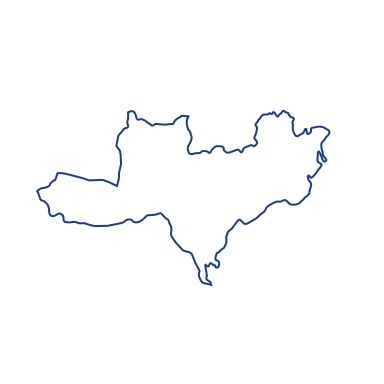 map outline of Ningxia (orthographic projection), rotated 254°
{"feature_id": "CHN-1803", "entity_name": "Ningxia", "entity_type": "Autonomous Region", "adm_level": 1, "iso_a3": "CHN", "parent_name": "China", "parent_adm1": "", "projection": "orthographic", "projection_center": [106.175, 37.314], "detail": "fine", "context": "isolated", "style": "outline", "palette": "blue", "viewbox_px": 384, "rotation_deg": 254, "n_neighbors": 0, "source": "natural_earth", "source_scale": "10m", "svg_char_len": 6096}
<svg xmlns="http://www.w3.org/2000/svg" viewBox="0 0 384 384"><g transform="rotate(254 192 192)"><path d="M235.1,43.3L236.0,44.2L236.2,44.8L236.5,46.1L236.8,46.6L237.1,47.9L236.6,52.8L236.7,54.2L237.1,55.9L237.8,57.2L238.7,57.7L239.4,58.4L241.3,62.6L241.1,62.9L241.2,63.4L241.4,63.8L243.0,65.2L244.3,65.9L246.7,67.6L247.0,67.9L247.0,68.4L246.9,69.1L246.7,69.9L245.7,72.7L244.2,75.9L235.4,90.8L231.8,95.9L231.5,96.5L228.3,109.3L227.1,111.2L224.1,115.2L218.4,121.5L224.5,125.1L227.5,126.3L230.2,127.0L230.9,127.3L237.6,131.1L238.8,131.6L248.2,133.8L252.0,134.0L256.7,132.1L257.8,132.2L266.0,136.5L267.0,137.4L269.4,141.3L271.0,143.2L271.6,144.6L271.8,145.8L271.7,147.7L272.2,148.4L273.0,148.8L276.7,148.9L277.2,149.1L280.4,150.9L286.2,152.5L286.5,155.5L286.2,156.7L285.5,157.8L284.5,158.5L283.4,158.8L281.5,159.1L277.9,159.0L277.1,159.3L276.5,159.9L276.2,160.7L276.1,163.0L275.9,163.8L275.4,164.4L274.5,165.4L273.8,166.4L270.7,168.6L269.5,169.8L267.0,171.7L266.7,172.6L266.9,173.7L267.3,174.7L267.4,176.2L264.5,183.5L263.7,187.0L263.5,188.9L262.9,191.2L262.7,192.3L262.7,192.6L265.5,195.5L267.0,199.6L267.3,201.4L267.9,202.5L268.0,203.1L267.8,203.9L265.7,209.4L264.0,207.8L263.2,207.3L260.0,206.0L256.4,205.5L254.5,205.5L252.7,205.7L250.7,206.7L249.5,206.8L248.5,206.7L245.3,206.8L244.5,206.7L242.8,205.9L240.4,204.3L237.1,200.9L236.5,200.5L235.9,200.2L234.6,199.7L231.3,199.7L230.1,200.0L229.4,200.4L228.7,201.6L228.4,202.9L228.3,206.2L227.4,209.6L227.4,210.6L227.5,211.1L228.3,212.8L228.4,213.7L228.3,214.2L228.2,214.8L226.7,217.9L226.1,218.5L225.1,219.0L224.8,219.7L224.8,220.2L225.2,220.9L226.6,222.1L227.1,222.6L229.1,226.6L229.3,227.9L229.1,229.1L227.5,233.3L227.0,234.1L226.0,234.6L225.5,234.6L224.0,234.1L223.3,234.2L220.6,235.9L220.3,236.4L219.9,237.3L219.7,238.7L219.7,240.1L220.2,246.5L220.1,247.7L219.7,248.4L218.5,249.1L217.1,249.8L216.8,249.9L216.6,250.3L216.5,250.7L217.2,251.7L218.8,252.9L219.8,253.9L220.0,254.2L220.3,255.4L220.8,261.2L220.5,262.5L219.0,264.0L219.0,264.5L219.1,265.2L219.7,266.5L220.4,267.5L221.5,268.1L222.8,268.2L223.5,267.9L225.2,267.1L226.7,266.8L227.2,267.0L227.8,267.4L230.9,269.8L232.2,270.6L234.9,271.9L236.1,272.2L238.9,271.5L239.2,271.5L239.8,271.9L241.2,274.1L242.8,275.5L243.2,276.1L243.9,277.5L245.3,279.0L246.6,281.2L246.5,282.8L245.9,285.0L245.7,286.0L245.7,286.7L246.3,287.7L246.4,288.1L246.3,288.5L245.2,289.6L244.9,290.2L245.0,290.6L245.2,291.0L246.3,291.8L246.3,292.3L246.1,292.7L245.5,293.3L242.0,294.2L241.1,294.8L240.8,295.3L241.1,295.9L242.3,297.2L243.1,299.4L244.7,301.3L244.9,302.0L244.8,302.5L244.4,302.9L242.9,304.0L242.3,304.6L241.8,305.8L241.6,306.0L239.2,306.5L237.0,307.6L236.4,308.0L235.9,309.2L235.4,309.9L234.2,310.2L233.4,309.6L231.9,308.0L231.3,307.8L228.7,307.5L227.3,307.1L226.3,306.6L224.1,306.2L222.0,306.1L219.0,306.6L217.6,307.1L216.9,307.9L216.6,308.6L216.6,309.5L217.2,311.5L217.8,314.3L218.1,315.0L218.7,315.9L219.1,316.4L221.0,317.7L221.2,317.9L221.4,318.6L221.3,318.9L221.1,319.1L216.6,318.9L216.0,319.1L215.7,319.7L215.7,320.1L216.1,321.2L217.0,322.8L217.5,323.1L219.6,323.7L220.2,324.2L220.6,324.8L220.6,325.6L220.3,327.8L220.2,329.8L219.8,332.1L219.1,334.3L218.3,335.7L217.7,336.5L213.6,340.3L212.6,340.7L211.4,340.5L209.8,339.4L209.0,338.3L208.0,336.4L207.3,335.4L206.3,334.5L205.0,332.7L203.8,330.6L203.0,329.8L201.8,329.3L198.0,328.5L194.3,328.6L192.5,328.2L191.5,328.1L190.5,328.3L187.4,329.6L186.6,329.8L186.0,329.9L185.4,329.7L184.9,329.2L184.6,328.1L184.9,327.3L185.6,326.8L186.2,326.6L195.0,325.6L195.6,325.4L196.0,325.1L195.9,324.5L195.2,323.9L187.7,321.2L186.7,321.3L185.7,321.7L183.8,323.5L183.2,323.9L182.2,323.9L181.4,323.4L179.9,321.5L178.8,319.9L175.3,315.5L173.9,313.4L173.4,312.3L173.1,311.4L172.9,310.4L173.1,309.9L175.0,309.3L175.6,308.7L175.3,307.8L174.3,307.3L171.9,307.3L170.3,307.7L168.1,308.7L165.8,308.5L159.6,304.7L158.5,304.5L157.9,304.1L157.2,302.8L156.4,301.5L155.6,299.0L155.3,298.5L154.2,297.3L153.7,296.0L151.7,292.2L151.5,290.5L151.4,288.7L151.5,287.2L152.1,285.1L153.3,282.8L157.5,280.4L158.3,279.7L158.7,279.1L158.7,277.2L158.4,274.9L158.5,273.8L158.6,273.1L159.0,272.5L159.3,271.8L159.4,270.4L159.2,268.4L158.2,263.4L157.1,260.4L156.2,259.0L154.6,257.6L153.4,256.2L152.9,255.3L151.4,251.2L149.1,247.0L146.4,236.6L146.4,235.9L146.6,234.2L147.0,233.6L152.3,230.4L152.3,229.2L151.4,227.5L145.6,219.9L144.3,216.5L142.7,214.7L139.2,212.5L134.9,211.4L133.6,210.9L132.0,209.7L129.6,207.3L129.4,207.0L128.8,205.1L128.2,203.7L126.7,201.2L126.3,199.1L125.8,198.5L122.7,196.6L121.8,196.2L120.6,196.1L119.8,196.5L118.7,197.8L118.1,198.3L117.4,198.6L116.6,198.6L114.5,198.0L113.3,197.1L112.4,196.0L112.3,195.5L112.4,195.2L112.7,194.9L113.0,194.2L113.6,193.9L114.9,194.0L115.3,193.4L115.8,192.4L116.4,192.0L117.4,191.5L118.1,190.7L118.3,190.4L118.3,189.6L117.5,188.7L116.3,187.9L115.9,187.1L116.3,186.3L117.2,185.7L118.3,185.2L118.1,184.7L116.5,184.3L107.5,183.3L105.1,182.0L104.3,181.8L103.6,182.1L100.4,184.8L97.5,184.8L101.5,177.8L102.6,176.8L104.4,176.2L107.1,175.6L110.0,175.6L110.9,175.9L114.2,177.5L115.1,177.4L123.1,175.6L131.2,174.9L132.7,174.5L134.5,173.2L135.4,172.0L136.9,169.2L138.2,167.5L139.4,166.7L148.7,162.1L154.8,160.2L155.7,160.1L158.0,160.4L161.1,161.7L163.4,162.3L165.1,162.3L168.5,161.6L171.2,161.6L172.2,161.2L174.0,159.5L179.6,156.6L180.3,156.0L180.4,155.2L180.3,151.4L180.3,150.5L181.2,145.6L181.7,143.9L181.8,142.5L181.5,141.5L180.7,140.3L179.1,137.1L178.0,133.5L177.9,131.8L178.2,130.0L178.9,128.2L179.3,127.6L179.8,127.3L181.4,126.5L182.0,126.1L182.6,125.1L183.1,123.3L183.2,121.6L183.0,120.5L182.7,119.9L182.0,118.6L181.7,117.5L181.7,113.9L182.8,101.3L186.0,89.4L186.9,87.4L189.8,82.6L191.1,80.9L191.8,79.5L192.0,78.9L192.6,76.1L192.9,75.3L193.5,74.3L195.2,71.9L195.8,70.3L196.5,65.9L198.1,61.9L198.2,61.6L199.2,61.1L200.5,60.9L201.7,61.0L203.4,61.5L204.7,61.4L205.4,61.2L206.3,60.6L207.5,59.5L207.9,58.6L208.0,57.4L207.1,54.1L207.1,52.3L207.2,51.5L207.3,50.9L207.5,50.6L208.8,49.5L210.2,49.1L211.3,49.1L215.3,49.9L217.1,50.0L219.7,49.7L222.4,48.3L223.6,47.5L226.2,44.4L227.0,44.2L233.7,43.9L235.1,43.3Z" fill="none" stroke="#1e3a8a" stroke-width="2"/></g></svg>